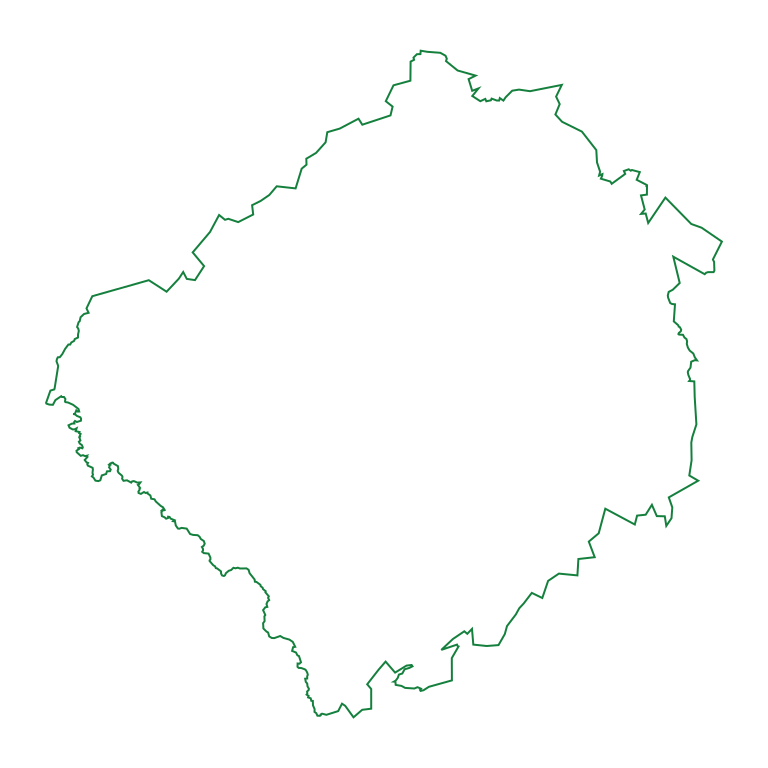 Uthukela, KwaZulu-Natal, South Africa (Robinson projection)
{"feature_id": "47623444B45932738864801", "entity_name": "Uthukela", "entity_type": "district", "adm_level": 2, "iso_a3": "ZAF", "parent_name": "South Africa", "parent_adm1": "KwaZulu-Natal", "projection": "robinson", "projection_center": [29.405, -28.737], "detail": "fine", "context": "isolated", "style": "outline", "palette": "green", "viewbox_px": 768, "rotation_deg": 0, "n_neighbors": 0, "source": "geoboundaries", "source_scale": "gbopen_adm2", "svg_char_len": 5988}
<svg xmlns="http://www.w3.org/2000/svg" viewBox="0 0 768 768"><path d="M410.6,61.6L410.4,80.7L393.5,85.3L385.8,101.2L392.6,106.6L390.5,115.4L362.3,124.7L358.5,118.7L339.7,128.6L327.3,132.2L325.6,142.3L316.1,152.9L306.3,158.7L306.5,164.7L301.7,168.6L295.6,188.4L276.7,186.3L269.3,195.0L260.7,200.9L252.1,205.2L253.2,214.5L238.2,222.1L228.3,218.8L225.0,219.8L219.1,215.0L210.0,232.0L192.7,252.4L204.1,266.1L195.0,280.1L186.8,278.9L183.2,272.0L178.9,278.6L166.6,291.7L148.8,280.2L92.3,296.2L86.5,308.4L88.6,312.8L84.0,314.0L80.6,317.2L79.7,321.2L78.6,322.2L77.1,327.0L78.3,328.7L78.8,330.9L78.0,334.7L78.0,337.5L74.7,339.1L74.2,340.8L71.3,342.5L70.2,344.5L68.4,344.5L65.1,348.9L62.3,354.1L59.8,357.2L57.8,357.3L56.9,359.2L56.5,361.3L58.2,365.9L54.6,388.5L54.3,389.4L50.4,390.6L46.1,402.8L46.4,403.6L49.3,404.6L52.9,404.8L55.4,400.1L61.2,396.2L61.9,397.0L64.0,397.0L65.4,399.0L65.0,401.3L65.4,402.1L68.0,402.5L73.1,404.8L78.5,409.0L79.2,411.5L77.7,411.6L76.3,410.4L74.9,413.9L73.1,414.0L75.1,414.4L76.9,415.9L80.4,417.3L81.1,418.8L80.9,420.7L76.9,422.0L75.0,421.0L74.1,422.1L74.4,423.5L72.0,423.6L68.5,425.3L69.5,427.7L72.6,429.4L74.5,429.4L76.6,428.3L75.7,431.2L79.5,432.0L79.1,433.1L80.6,433.9L79.4,436.8L79.9,436.9L79.5,437.7L80.4,440.5L78.9,441.7L79.7,443.5L81.9,445.1L82.8,447.3L82.4,448.3L79.8,447.6L78.3,448.2L78.9,449.1L76.5,450.7L76.7,452.2L80.7,455.8L83.0,455.2L85.1,456.1L87.0,455.7L86.5,456.4L87.4,457.0L84.7,460.0L86.6,462.4L88.0,462.9L87.3,464.2L87.8,465.6L92.6,467.8L92.9,469.3L92.5,473.0L93.0,474.7L91.9,476.4L93.5,477.6L95.4,480.6L98.3,481.1L100.3,480.3L101.8,475.4L106.1,474.0L107.0,471.3L110.0,471.2L110.7,469.6L109.1,467.4L109.7,465.7L109.1,465.0L110.1,464.7L109.5,464.2L110.1,463.6L112.3,462.6L113.2,462.8L113.4,463.5L117.9,466.1L118.3,469.0L117.7,470.5L117.9,471.6L118.7,472.9L121.9,475.6L122.5,476.9L122.1,478.7L123.5,480.8L127.0,480.3L131.2,482.6L132.1,481.4L133.9,481.1L137.3,482.6L140.4,482.4L139.1,484.2L137.9,484.9L140.1,488.0L139.5,488.5L139.6,489.7L138.4,491.6L138.6,493.0L140.9,493.9L144.0,492.0L145.6,493.0L147.5,492.5L147.6,493.5L150.4,495.5L151.2,498.7L154.5,499.3L155.8,501.5L160.7,505.9L163.0,507.3L164.7,510.0L163.8,510.4L162.7,509.6L161.4,510.8L161.9,511.6L161.4,512.2L161.9,516.1L164.6,517.3L166.1,518.7L168.0,518.0L168.1,516.7L169.5,516.9L170.6,518.6L174.5,520.2L173.3,521.2L175.0,521.5L175.8,525.5L177.9,528.5L179.4,528.7L181.5,527.9L186.7,528.6L190.1,534.0L193.0,534.9L197.7,535.2L199.6,536.8L200.8,539.0L203.8,541.0L204.7,543.7L203.7,545.7L201.9,547.0L203.0,548.9L203.0,550.4L202.2,551.8L203.8,553.1L208.6,553.6L210.4,557.6L210.4,559.5L209.6,560.3L209.6,561.0L213.1,565.1L215.1,566.4L215.8,568.1L217.1,568.4L221.0,571.4L221.1,573.6L222.0,575.4L223.9,576.0L225.0,575.3L225.9,573.2L228.7,570.8L231.2,570.0L233.4,567.8L235.5,568.3L237.8,567.7L240.0,568.5L246.5,568.4L248.6,569.8L249.6,573.2L254.6,579.5L254.9,581.7L256.4,581.9L260.4,584.8L260.7,586.2L262.6,587.7L263.1,589.2L265.7,591.2L265.4,592.3L268.8,596.3L268.1,597.9L269.2,600.1L267.6,601.4L266.5,604.0L267.3,606.9L265.3,607.3L263.1,610.1L265.3,615.0L264.4,616.3L264.6,621.1L263.1,623.2L263.4,628.5L266.5,631.6L268.1,632.5L269.2,636.4L271.8,638.0L274.3,638.1L280.2,636.0L283.4,637.9L289.4,639.6L292.8,641.9L295.2,646.8L293.1,647.2L292.1,650.9L296.0,652.5L297.4,655.3L299.0,656.1L301.0,662.3L299.4,663.7L297.6,663.5L297.5,666.8L298.6,667.9L301.2,668.0L304.8,669.3L306.0,670.3L307.3,672.8L307.8,674.8L307.2,676.2L307.2,678.5L305.2,678.7L305.8,681.9L307.2,683.5L307.5,686.3L308.9,688.8L308.6,690.1L307.1,691.5L307.3,693.7L306.6,694.6L308.6,695.9L308.1,697.4L310.7,698.3L311.3,700.8L312.8,700.9L313.0,705.4L314.6,709.1L314.5,711.9L316.3,713.2L317.4,715.7L319.9,715.8L320.7,715.3L320.6,714.5L322.0,713.7L326.4,714.8L338.2,711.1L342.0,703.7L345.2,705.8L353.5,717.3L362.2,709.8L371.2,708.7L371.2,689.0L367.2,684.3L378.5,669.8L385.6,661.6L395.1,672.6L406.5,665.6L411.6,665.0L412.5,666.3L409.4,667.9L404.6,669.3L402.3,673.5L398.9,674.6L397.7,678.0L395.6,680.7L394.0,681.6L395.4,681.7L395.7,684.9L401.5,685.9L405.1,687.9L414.4,688.5L417.5,687.2L421.0,688.7L420.0,689.9L420.6,690.9L423.6,690.2L428.9,686.8L451.9,680.4L451.8,658.1L458.5,646.5L457.8,646.3L457.0,644.6L441.3,649.9L452.9,639.0L464.3,631.3L467.3,633.8L472.0,628.9L473.3,644.6L486.7,646.0L498.5,645.1L504.8,634.1L507.0,626.1L515.8,614.5L519.3,608.2L523.6,603.6L531.8,592.9L542.3,598.0L548.1,580.9L558.9,573.6L577.4,575.4L578.4,559.0L594.7,557.2L588.8,541.6L598.7,533.3L605.3,508.7L634.8,524.5L637.1,515.6L645.7,514.7L651.9,504.8L656.8,516.1L664.8,516.3L666.3,525.9L671.5,518.2L671.7,515.4L672.3,507.4L668.8,497.4L698.2,480.7L689.3,475.5L691.6,460.2L691.3,442.6L692.3,437.1L696.4,424.4L694.7,397.1L694.3,381.4L689.2,381.0L690.0,380.0L690.0,378.9L688.3,374.8L687.8,372.1L688.1,371.0L690.5,367.6L691.2,361.7L694.8,360.2L697.0,360.4L694.8,357.3L693.3,353.5L689.7,350.6L687.9,347.6L686.8,343.9L687.1,341.3L686.4,339.0L684.5,337.6L683.0,334.8L679.1,334.6L678.4,334.0L678.9,332.9L680.8,331.3L681.2,329.7L679.9,327.2L678.7,326.6L678.3,325.3L673.8,321.4L675.0,304.3L672.0,304.0L670.2,303.0L668.1,297.6L667.8,295.5L668.7,291.9L672.7,289.8L679.7,283.0L673.3,256.7L704.7,274.2L706.2,272.7L708.2,272.1L713.6,272.1L714.4,270.5L714.1,261.9L712.9,259.5L721.9,241.6L701.6,227.7L691.3,224.0L665.4,197.6L648.2,223.0L645.7,213.5L641.1,213.9L644.7,209.5L641.0,195.4L646.9,194.6L647.0,185.8L646.5,185.9L646.6,184.9L636.7,179.8L639.8,172.1L631.9,170.0L630.8,170.7L628.7,169.3L623.9,171.0L625.2,173.9L611.7,183.8L610.3,181.5L600.9,178.7L602.2,175.7L602.4,174.1L599.1,175.5L600.1,171.7L597.0,162.4L596.3,150.1L581.9,131.6L562.1,121.8L555.4,114.5L559.7,104.1L556.1,96.6L561.8,84.9L530.0,91.2L519.0,89.6L512.2,90.7L505.7,97.2L503.4,100.6L499.8,98.1L499.2,100.5L496.7,100.5L491.6,98.6L490.9,100.3L486.3,101.3L485.3,98.9L480.3,101.2L472.3,96.0L478.5,88.4L472.2,90.8L468.6,79.1L475.6,75.6L457.6,70.5L446.0,61.1L446.8,58.7L445.5,55.7L440.3,52.8L427.2,51.8L420.7,50.7L420.4,54.1L416.9,54.2L413.5,57.6L414.1,59.8L410.6,61.6Z" fill="none" stroke="#15803d" stroke-width="2"/></svg>